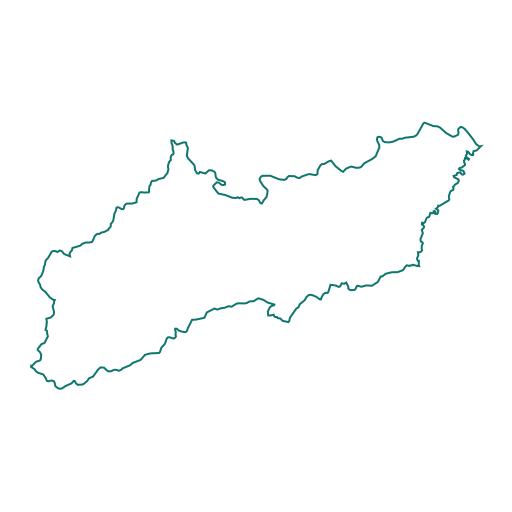 outline of Senqunyane, Mohale's Hoek, Lesotho, rotated 181°
{"feature_id": "5366337B33484632256232", "entity_name": "Senqunyane", "entity_type": "district", "adm_level": 2, "iso_a3": "LSO", "parent_name": "Lesotho", "parent_adm1": "Mohale's Hoek", "projection": "natural_earth1", "projection_center": [28.303, -29.937], "detail": "fine", "context": "isolated", "style": "outline", "palette": "teal", "viewbox_px": 512, "rotation_deg": 181, "n_neighbors": 0, "source": "geoboundaries", "source_scale": "gbopen_adm2", "svg_char_len": 6043}
<svg xmlns="http://www.w3.org/2000/svg" viewBox="0 0 512 512"><g transform="rotate(181 256 256)"><path d="M89.6,392.2L90.5,391.9L91.3,390.8L96.9,380.4L98.3,379.1L100.4,378.0L108.9,376.9L112.3,375.7L114.5,375.8L120.9,372.7L125.0,371.9L129.3,372.1L131.1,373.2L132.6,376.7L134.9,377.4L136.6,376.9L137.2,375.0L136.7,373.0L134.7,369.1L134.6,366.5L138.1,357.8L141.5,355.0L149.4,350.6L152.3,347.0L153.8,346.2L157.4,345.9L161.7,347.0L163.1,346.9L167.6,344.8L170.4,341.7L172.1,342.5L178.2,347.3L182.5,352.7L185.2,351.8L189.1,349.4L191.9,348.9L193.1,347.9L195.8,342.9L196.0,339.4L196.5,338.6L197.8,337.9L203.9,338.8L205.3,338.6L211.6,336.3L213.7,334.7L216.1,335.0L219.0,336.5L224.6,336.5L225.9,335.3L227.1,333.5L228.9,332.6L234.3,333.1L243.1,336.5L250.9,336.3L252.1,335.6L253.2,334.3L253.7,333.1L253.4,331.4L250.1,326.3L245.7,322.2L245.6,321.1L245.8,318.5L246.6,315.0L248.9,312.3L251.0,308.7L252.2,308.8L253.1,309.8L254.1,311.8L256.1,313.1L262.9,313.0L268.3,311.9L269.4,312.3L270.5,313.9L271.7,314.3L273.8,313.5L275.2,314.4L277.2,313.6L280.7,313.8L287.7,316.4L294.7,317.8L299.8,324.0L300.0,325.1L299.3,326.3L296.4,329.0L294.4,328.7L291.8,326.6L290.4,326.3L288.3,326.8L288.1,327.4L288.4,329.2L290.3,330.3L295.5,331.7L297.5,334.0L298.2,338.3L299.1,339.5L301.6,340.8L304.5,340.9L308.1,337.6L313.6,339.0L314.7,337.4L316.5,337.6L318.5,341.2L318.9,344.9L319.8,346.4L325.5,352.3L326.9,354.9L326.0,362.9L327.5,365.7L327.8,368.0L328.4,368.4L330.9,368.2L336.7,366.0L339.0,367.6L339.9,369.6L342.6,370.1L342.4,367.3L341.2,364.3L341.2,361.0L340.5,359.6L340.2,357.1L340.8,356.0L341.8,355.7L342.6,354.6L343.1,352.3L342.8,350.4L344.4,348.7L345.3,346.1L345.6,343.7L345.1,341.2L346.0,337.5L349.8,332.5L354.9,331.2L357.3,329.7L361.3,329.2L362.4,327.3L362.6,325.5L363.8,323.9L364.1,320.4L363.9,318.6L364.3,317.8L368.6,317.5L372.3,317.8L373.6,317.3L376.3,311.1L376.4,307.6L380.5,306.3L386.2,306.1L387.0,305.7L388.4,304.1L388.9,301.5L389.6,300.5L391.0,300.5L394.4,302.3L396.2,302.1L396.9,298.8L398.3,295.8L399.3,289.1L400.0,287.6L401.8,285.4L401.7,283.5L402.1,282.5L404.0,280.3L404.1,279.6L407.9,277.5L411.4,276.6L412.6,275.5L415.2,275.3L415.9,274.8L417.4,273.4L419.8,267.7L420.5,267.1L422.7,266.6L426.5,266.5L430.1,265.1L431.8,263.3L439.7,260.8L440.1,258.5L441.6,256.8L442.5,254.9L441.9,252.4L447.8,254.6L450.3,257.5L451.1,257.8L452.5,258.0L454.6,256.5L456.5,257.4L458.6,257.4L460.4,256.8L463.6,250.8L466.2,247.9L467.0,243.3L467.9,241.4L468.3,237.9L469.5,234.3L470.5,232.2L473.0,229.7L473.4,227.5L473.2,226.5L471.3,223.3L470.9,221.2L469.2,218.8L465.9,216.4L461.3,210.9L458.3,208.9L456.4,208.4L457.1,207.3L457.1,205.5L458.5,202.2L457.1,197.2L457.0,195.1L457.4,193.6L460.0,191.0L464.5,189.6L463.9,185.5L464.3,184.6L464.2,182.7L465.2,178.4L463.6,177.4L463.5,175.0L462.7,172.0L465.9,165.4L469.0,164.1L472.6,159.2L472.6,158.2L470.5,156.3L469.0,153.6L469.4,148.9L469.7,148.3L471.1,147.4L474.0,146.5L478.0,142.3L478.9,142.4L478.9,141.1L475.7,139.2L474.1,137.0L471.8,135.4L466.7,133.9L464.3,130.5L462.8,127.4L461.2,127.1L458.4,128.0L455.9,127.3L455.2,126.1L454.3,122.3L451.3,120.1L449.2,119.8L447.3,120.4L443.9,122.8L438.3,125.4L436.0,128.0L435.1,127.8L433.9,125.7L432.1,124.1L427.7,124.4L426.2,125.0L422.8,127.8L420.8,130.8L416.7,132.7L412.0,139.6L409.5,141.9L406.0,141.7L403.1,139.0L401.4,138.1L399.1,138.2L395.9,139.7L394.1,139.8L391.0,138.9L389.3,139.6L387.0,141.5L380.1,144.5L377.4,146.9L369.6,150.1L365.2,155.3L359.8,156.8L351.4,157.3L350.4,158.2L349.0,162.7L345.6,166.5L343.7,172.1L342.8,173.0L341.1,173.3L337.3,172.1L336.4,172.2L335.2,173.2L334.6,174.4L335.1,175.8L334.9,178.8L335.7,181.0L335.5,181.9L333.9,181.9L332.0,180.2L329.5,179.3L325.7,178.6L325.0,178.8L324.1,179.4L323.5,180.6L322.9,182.6L318.8,191.1L315.2,191.3L306.5,193.3L304.2,198.7L296.7,202.7L293.7,201.8L290.2,203.1L286.5,203.7L282.6,205.3L279.5,204.9L274.8,207.9L272.8,208.4L266.1,208.4L264.0,209.0L261.9,210.4L257.5,210.8L253.4,213.5L252.1,213.6L247.5,212.1L243.7,209.7L236.8,207.8L237.0,207.1L239.4,206.4L240.9,205.3L242.1,203.2L243.2,200.6L242.8,196.8L241.0,196.7L237.3,197.6L236.7,196.0L236.0,195.4L233.9,195.3L233.3,194.3L230.6,193.9L228.2,191.6L222.4,190.5L221.5,192.0L221.0,194.8L214.9,204.0L212.5,205.6L211.5,208.5L206.7,212.5L204.7,216.0L203.3,217.3L201.9,218.1L199.8,218.1L195.3,216.4L191.1,213.6L190.3,213.8L189.8,215.7L187.8,219.2L185.9,220.4L183.8,220.3L183.0,221.5L181.0,228.5L175.3,227.8L172.7,226.5L171.4,227.1L169.9,230.1L167.2,229.8L165.4,231.0L163.2,227.1L163.1,225.0L162.5,224.3L160.8,223.5L157.0,223.8L156.0,224.6L154.6,227.8L153.8,228.0L150.0,227.1L145.3,228.5L139.5,228.3L133.7,232.2L131.0,237.7L129.3,237.8L126.2,240.4L123.0,241.4L119.3,242.2L114.3,242.3L110.0,243.9L108.6,244.6L106.6,247.8L105.1,249.3L102.2,248.7L101.7,249.3L99.4,249.4L99.0,250.0L94.9,248.9L92.7,248.7L93.2,250.2L93.0,253.6L93.1,254.0L94.0,253.9L94.9,255.8L94.9,256.6L93.7,259.5L94.1,262.6L92.8,262.5L91.1,263.2L90.1,264.6L90.5,266.5L90.4,269.2L89.4,271.6L89.8,272.5L91.6,273.6L91.8,275.9L89.6,281.6L90.7,285.1L89.0,286.8L88.4,288.1L88.9,289.2L90.7,290.5L90.7,291.9L90.4,292.3L89.1,291.7L87.7,292.7L86.2,296.6L85.6,297.4L83.5,298.2L82.4,302.2L80.8,301.8L79.2,302.1L79.3,303.7L78.3,304.2L77.3,303.0L77.5,301.3L75.6,301.2L75.0,302.1L74.5,304.1L74.9,305.1L76.9,306.4L75.2,307.7L74.7,309.5L73.4,309.3L64.2,315.0L63.8,315.9L64.2,319.5L62.9,323.6L62.3,324.4L60.0,325.5L59.7,327.1L60.3,328.3L59.2,329.3L58.6,330.6L55.5,332.6L54.5,334.9L55.0,336.2L59.2,338.1L59.8,339.5L56.8,340.5L56.3,342.4L54.3,343.0L53.3,343.1L51.7,341.2L50.2,341.0L49.1,341.8L48.9,342.3L50.1,344.6L51.3,345.2L53.3,345.3L54.6,346.6L54.0,347.5L51.9,348.0L48.6,350.6L48.7,351.9L49.5,353.2L49.7,355.0L49.0,355.9L48.7,357.6L46.9,357.2L45.1,356.0L44.7,356.7L47.7,358.8L47.9,360.2L46.7,361.9L47.1,364.2L45.5,363.8L43.7,361.5L42.4,360.8L40.8,360.7L40.5,361.2L40.9,362.0L40.3,364.7L37.4,365.3L33.1,369.7L34.6,369.4L38.0,371.9L40.7,376.1L45.2,381.7L49.4,386.6L51.9,388.3L53.8,388.6L55.9,386.5L56.1,384.6L55.6,382.7L56.1,380.8L59.8,378.9L61.5,378.7L68.1,382.3L74.1,387.5L76.7,388.8L81.0,389.0L89.6,392.2Z" fill="none" stroke="#0f766e" stroke-width="2"/></g></svg>